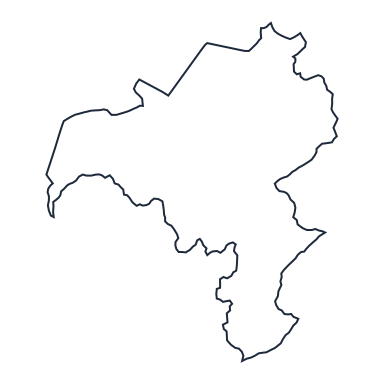 Piraí, Rio de Janeiro, Brazil (Natural Earth projection)
{"feature_id": "56859067B32133246810873", "entity_name": "Piraí", "entity_type": "district", "adm_level": 2, "iso_a3": "BRA", "parent_name": "Brazil", "parent_adm1": "Rio de Janeiro", "projection": "natural_earth1", "projection_center": [-43.898, -22.656], "detail": "fine", "context": "isolated", "style": "outline", "palette": "slate", "viewbox_px": 384, "rotation_deg": 0, "n_neighbors": 0, "source": "geoboundaries", "source_scale": "gbopen_adm2", "svg_char_len": 3716}
<svg xmlns="http://www.w3.org/2000/svg" viewBox="0 0 384 384"><path d="M207.2,43.1L205.0,45.0L201.4,49.8L168.3,95.6L162.6,92.0L139.3,79.5L136.2,83.6L133.9,88.8L135.8,92.4L139.1,95.4L142.1,98.6L142.9,105.9L139.9,105.7L136.9,107.4L133.8,108.7L129.8,110.6L127.2,111.6L123.3,112.8L120.3,113.7L116.2,114.9L111.5,114.9L107.2,110.2L103.7,109.4L99.5,110.2L94.9,110.4L90.9,110.7L88.2,111.4L84.1,112.3L79.1,113.7L75.2,114.7L71.9,116.3L69.1,117.8L63.8,121.1L62.2,125.2L59.8,132.6L54.9,148.6L46.4,174.6L48.5,177.7L52.8,183.4L50.2,185.7L48.2,188.8L47.6,192.2L48.9,196.1L48.9,200.3L47.9,205.4L48.9,210.6L50.9,215.6L53.7,217.0L53.1,212.2L53.5,206.2L53.2,202.0L56.0,199.9L58.6,197.7L60.3,195.3L61.2,191.3L63.8,189.1L67.1,185.5L69.6,183.9L72.9,182.7L76.0,180.6L79.0,176.6L82.7,174.6L86.5,175.6L91.3,175.6L95.7,174.6L99.2,174.4L101.9,175.3L105.0,177.8L109.7,175.3L112.9,178.8L114.7,183.4L118.5,184.6L121.0,187.5L123.2,189.4L124.0,194.6L127.1,195.2L129.5,197.8L132.4,202.3L136.7,205.8L139.9,204.3L142.7,205.6L146.3,205.1L149.3,203.7L151.0,201.0L154.1,198.6L158.4,199.1L162.4,201.3L163.3,206.3L163.8,210.6L164.1,214.6L165.1,217.5L165.1,221.4L168.0,224.1L171.4,225.7L174.0,229.2L177.1,234.3L178.3,238.1L175.5,242.1L175.4,245.6L176.4,249.1L178.7,252.0L182.2,252.0L185.7,252.4L190.0,249.8L193.0,246.5L195.6,244.8L197.2,240.3L199.8,238.9L201.8,241.5L203.4,245.4L206.5,248.3L205.4,251.5L207.3,255.1L210.2,252.6L212.8,251.4L217.0,251.0L220.4,252.8L224.7,249.4L226.6,245.3L229.1,243.6L232.8,242.4L235.7,244.4L234.5,247.6L234.0,251.2L237.3,255.3L237.1,260.7L236.8,265.8L236.2,270.7L233.3,272.3L231.3,275.9L227.1,278.3L223.4,277.0L220.0,279.3L220.1,283.8L220.1,287.8L216.8,288.9L216.3,293.8L216.8,298.6L219.9,299.5L223.1,301.9L226.6,301.1L229.8,300.6L232.1,303.8L229.7,306.4L230.1,310.4L226.8,313.3L227.1,317.3L227.5,322.4L222.9,324.7L223.8,329.0L226.6,331.4L226.9,336.4L227.1,340.4L231.0,344.8L235.2,347.8L239.0,348.7L241.8,351.7L243.4,355.7L242.1,361.0L246.7,358.7L251.2,357.5L255.1,355.6L258.8,353.3L262.8,352.7L266.4,352.3L270.4,350.2L275.2,347.8L278.4,345.2L280.8,343.3L282.7,339.5L285.6,335.1L288.8,332.7L291.4,328.8L293.3,325.6L296.6,322.5L298.3,318.8L293.4,316.8L291.2,314.0L288.1,314.4L284.4,314.0L281.7,310.4L278.5,309.0L276.1,304.9L275.1,301.2L277.9,296.2L278.4,291.4L279.9,288.1L281.4,285.0L280.4,281.4L281.7,277.1L281.3,273.5L283.6,270.3L286.1,267.6L288.7,264.9L292.4,261.4L295.5,258.4L297.9,254.7L301.1,252.0L304.2,251.6L305.9,249.3L308.8,246.1L313.1,242.2L316.5,239.3L318.9,236.4L321.9,234.5L325.1,232.5L322.5,231.3L318.9,230.5L315.4,229.0L311.8,230.0L306.9,230.0L302.6,228.1L297.6,224.4L296.8,220.1L293.2,217.2L294.6,212.8L295.4,207.7L294.2,202.9L290.5,199.5L288.6,195.3L286.5,193.0L283.8,191.8L279.4,191.1L276.5,188.0L274.8,183.6L278.0,180.6L280.4,178.9L283.8,177.5L287.1,176.5L289.8,174.4L292.4,171.8L295.5,170.1L298.5,167.7L303.2,165.2L307.8,162.3L311.6,159.7L314.6,155.6L316.5,152.1L316.5,148.9L318.8,146.6L322.1,143.7L325.0,143.4L328.0,143.0L332.0,142.3L334.0,138.9L336.8,136.3L335.1,131.8L333.5,127.7L334.9,124.7L336.3,121.9L337.6,118.8L335.0,115.2L333.0,112.3L331.5,109.2L332.2,103.7L332.1,98.5L332.8,94.2L330.4,92.0L327.1,89.7L326.3,85.9L324.3,82.5L323.8,78.8L321.6,76.4L318.2,75.2L313.7,76.9L309.7,78.5L306.8,79.7L304.1,79.5L300.7,76.8L300.1,73.3L296.8,74.3L294.0,71.6L293.8,67.4L293.6,64.2L295.3,61.8L295.4,58.5L293.1,56.7L297.4,54.1L300.5,51.2L302.6,49.1L305.0,47.0L305.9,42.2L303.5,38.6L301.8,35.9L300.3,33.1L297.7,35.0L294.3,37.1L290.1,39.1L285.4,37.4L281.2,35.5L277.8,33.6L274.5,31.0L272.5,27.5L270.9,23.0L268.6,24.8L266.5,27.0L263.8,28.1L261.0,28.1L260.7,32.4L261.2,38.1L259.0,40.3L256.7,43.5L253.4,46.7L251.1,49.0L248.8,51.0L244.5,50.9L239.1,49.8L207.2,43.1Z" fill="none" stroke="#1e293b" stroke-width="2"/></svg>